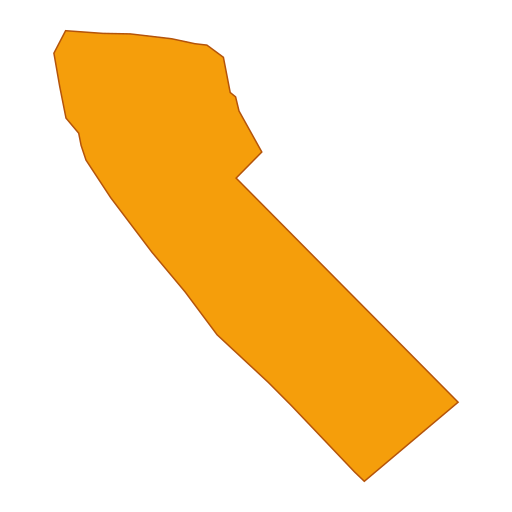 the district of Hauma, Tuvalu
{"feature_id": "33948139B82290381825110", "entity_name": "Hauma", "entity_type": "district", "adm_level": 2, "iso_a3": "TUV", "parent_name": "Tuvalu", "parent_adm1": "", "projection": "orthographic", "projection_center": [176.112, -5.671], "detail": "fine", "context": "isolated", "style": "filled", "palette": "amber", "viewbox_px": 512, "rotation_deg": 0, "n_neighbors": 0, "source": "geoboundaries", "source_scale": "gbopen_adm2", "svg_char_len": 450}
<svg xmlns="http://www.w3.org/2000/svg" viewBox="0 0 512 512"><path d="M236.1,178.1L261.8,152.0L239.0,111.0L235.6,96.9L230.2,92.5L223.4,57.3L206.9,45.1L194.8,43.7L171.9,38.8L130.2,33.9L103.0,33.4L65.6,30.7L53.9,53.2L59.7,86.4L66.0,118.1L78.7,133.2L81.1,145.4L86.0,160.1L110.7,197.7L152.0,252.3L185.1,291.9L217.1,334.8L268.1,382.2L291.4,405.6L354.6,472.0L364.3,481.3L458.1,402.2L236.1,178.1Z" fill="#f59e0b" stroke="#b45309" stroke-width="1.5"/></svg>